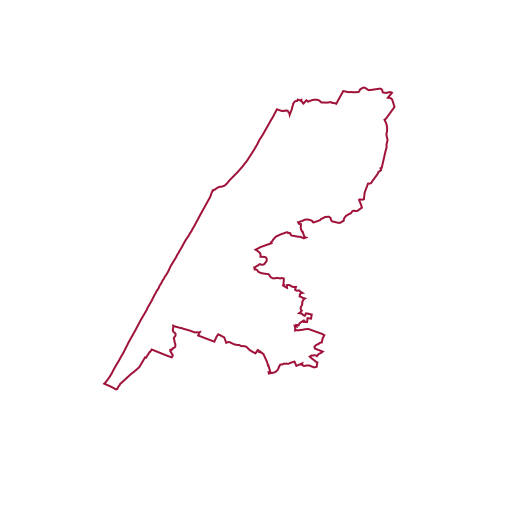 Vega de Alatorre, Veracruz, Mexico (Robinson projection), rotated 246°
{"feature_id": "50627088B59302189712162", "entity_name": "Vega de Alatorre", "entity_type": "district", "adm_level": 2, "iso_a3": "MEX", "parent_name": "Mexico", "parent_adm1": "Veracruz", "projection": "robinson", "projection_center": [-96.652, 19.993], "detail": "fine", "context": "isolated", "style": "outline", "palette": "rose", "viewbox_px": 512, "rotation_deg": 246, "n_neighbors": 0, "source": "geoboundaries", "source_scale": "gbopen_adm2", "svg_char_len": 6136}
<svg xmlns="http://www.w3.org/2000/svg" viewBox="0 0 512 512"><g transform="rotate(246 256 256)"><path d="M381.5,334.8L375.2,326.8L374.7,325.9L363.9,311.3L361.5,307.7L361.0,306.7L357.7,302.8L353.8,297.4L346.5,286.3L344.9,283.0L343.4,280.5L340.1,273.3L336.1,263.0L334.3,259.4L333.3,256.9L333.1,255.5L333.2,253.6L333.5,252.0L334.0,251.1L334.1,250.1L333.9,247.7L333.3,244.9L333.6,243.8L333.6,243.1L333.0,243.0L332.6,241.9L333.1,241.5L332.4,241.8L328.7,238.3L317.1,222.9L308.1,211.3L306.5,209.0L305.0,207.2L303.6,204.9L302.3,203.3L299.1,198.2L296.4,194.5L294.7,192.4L291.3,187.6L290.7,187.0L289.1,184.5L287.3,182.4L281.6,174.1L277.8,169.8L275.6,166.8L274.0,164.1L272.9,162.8L271.6,160.7L269.6,158.3L268.2,156.1L265.8,153.4L264.1,150.6L263.1,149.5L261.5,147.2L257.5,142.4L253.3,136.6L250.8,133.7L245.0,125.5L237.0,115.3L229.1,104.7L220.9,94.7L219.7,92.8L215.1,86.8L214.2,85.3L209.4,78.8L208.3,77.6L205.4,73.6L201.8,67.3L201.1,65.4L195.0,70.9L191.1,73.8L191.2,74.4L190.9,75.0L192.8,77.4L193.3,78.5L194.4,80.0L199.0,93.8L199.8,97.3L201.9,104.1L208.5,113.4L207.8,114.1L211.6,119.8L211.5,120.4L213.0,122.7L201.8,133.5L197.7,137.8L198.4,138.9L199.5,139.7L201.2,139.2L202.5,139.3L203.7,139.0L204.3,139.3L205.0,139.3L205.2,139.6L205.1,139.8L204.6,139.9L204.5,140.8L204.8,141.6L205.2,141.7L205.2,142.2L205.5,142.4L205.5,143.7L205.7,144.8L206.1,145.4L207.6,146.2L209.4,146.6L210.5,146.6L212.5,147.2L214.1,147.4L214.8,147.9L215.7,149.7L217.0,150.7L218.0,150.8L220.6,149.7L221.9,149.8L223.4,150.5L224.6,151.6L226.0,152.0L223.9,154.1L221.0,157.7L220.2,159.0L218.9,160.2L215.6,164.3L210.9,169.2L210.7,170.3L209.4,172.8L209.3,173.7L206.9,170.8L194.7,183.1L198.5,187.4L199.8,189.7L198.9,190.3L198.3,191.1L197.7,191.4L194.5,193.9L188.8,193.5L188.8,194.8L188.5,196.0L188.0,196.9L184.3,200.0L182.6,202.3L181.4,204.6L180.2,205.4L179.5,206.2L178.3,208.8L177.8,209.4L177.1,210.1L176.2,210.6L172.8,211.9L169.8,213.9L167.3,215.9L169.4,219.4L166.2,221.4L166.3,220.7L165.2,221.8L163.4,222.9L154.9,223.0L151.0,222.5L151.0,222.8L144.6,222.0L144.8,220.2L143.3,220.0L143.1,221.7L142.6,223.0L142.2,225.2L142.2,226.8L142.9,229.0L144.0,230.6L145.0,231.6L145.5,231.8L145.6,232.4L146.7,233.5L146.7,233.8L146.7,235.1L146.4,235.9L146.2,236.1L146.2,238.0L145.7,238.7L145.5,239.7L144.4,241.5L144.3,245.0L143.9,248.2L139.2,248.2L139.1,254.5L138.0,253.5L137.7,254.0L136.0,255.0L135.3,258.0L134.2,260.3L131.0,263.3L130.5,264.1L130.1,266.3L133.8,268.8L134.5,268.0L137.4,266.6L139.7,265.3L142.2,264.2L142.2,265.1L142.5,265.5L142.5,266.4L142.1,267.1L141.6,268.9L140.7,270.4L139.7,270.9L140.4,272.2L141.0,273.8L141.0,275.8L141.5,278.1L147.4,272.2L149.3,272.4L150.2,274.7L150.3,276.0L150.1,277.3L150.6,278.4L150.6,280.3L150.3,280.9L153.4,283.2L155.9,286.2L158.0,284.6L168.0,274.2L169.2,270.9L169.7,268.3L170.4,266.4L170.8,264.6L171.6,263.3L172.0,261.4L174.4,262.6L176.4,262.9L175.0,264.4L176.6,264.7L175.9,266.0L175.3,266.6L176.6,268.2L177.1,269.6L177.7,273.4L177.4,273.8L176.3,272.9L174.9,275.8L178.3,277.8L176.4,280.8L179.9,283.1L181.8,280.3L182.0,280.4L183.3,278.2L182.0,277.1L181.5,276.2L182.3,275.5L184.5,274.4L185.3,273.6L186.2,272.2L186.7,274.3L187.4,275.5L187.9,275.2L188.7,275.2L190.0,275.5L190.8,275.9L192.5,278.0L193.6,279.0L194.1,279.0L195.1,279.4L197.0,281.9L197.3,283.4L198.7,281.6L199.7,281.1L201.3,279.4L203.2,280.6L203.7,282.1L203.4,283.4L205.0,282.2L207.0,281.4L207.6,279.3L208.5,278.4L209.4,278.0L211.5,279.9L212.5,277.5L214.1,275.8L214.7,275.6L215.8,274.8L216.2,274.2L216.3,273.6L216.5,273.4L216.8,272.3L214.3,271.4L215.3,270.6L217.9,268.8L218.3,269.6L218.6,269.2L221.8,271.2L224.2,272.2L225.5,270.4L225.6,269.0L226.6,267.7L227.6,266.0L227.9,264.1L228.8,262.3L230.8,260.7L232.0,260.5L233.0,260.5L234.2,260.1L237.4,255.0L239.3,252.7L241.0,251.5L242.3,251.5L242.9,251.2L244.1,250.0L244.3,249.3L245.0,249.6L246.3,249.8L246.0,250.7L246.4,251.5L246.4,252.1L246.6,252.9L246.5,253.8L247.0,255.4L247.0,256.2L245.8,257.5L245.3,258.6L245.2,259.5L245.3,260.5L246.3,262.1L246.7,263.2L247.8,264.1L249.4,264.7L250.5,264.5L251.6,263.6L253.5,259.8L255.1,260.6L257.0,260.9L260.5,259.2L261.9,258.2L262.3,264.2L261.4,275.2L262.1,275.0L262.6,275.6L262.7,276.5L263.8,278.0L265.6,282.0L265.7,287.5L265.2,293.5L264.8,294.5L263.8,294.7L263.4,296.0L262.8,296.6L262.2,296.4L260.9,296.4L260.0,297.1L259.3,298.1L258.8,299.2L258.0,300.1L257.1,301.4L255.4,304.4L252.7,306.9L252.6,309.1L253.7,308.0L259.5,308.5L259.7,308.0L261.9,307.9L263.9,308.5L266.8,310.0L268.0,308.3L269.7,308.2L269.2,312.6L269.3,314.6L269.4,314.9L268.8,317.1L267.5,319.3L266.1,320.9L265.0,321.7L263.8,321.6L263.2,322.3L262.7,329.0L263.4,330.8L263.3,333.2L263.6,334.8L262.3,338.5L260.5,339.6L258.2,339.2L256.6,339.7L256.0,340.4L255.4,341.5L254.4,342.6L253.0,344.5L252.4,345.4L252.1,346.3L252.5,349.4L252.4,350.2L252.6,350.5L253.9,351.3L254.6,352.0L256.0,354.3L256.5,358.2L256.4,359.3L256.6,360.4L257.5,361.7L257.8,363.0L257.4,364.2L256.8,364.8L256.0,366.9L257.1,372.4L260.0,372.8L265.3,373.0L265.6,373.5L264.1,376.3L264.0,377.7L269.7,381.0L276.6,387.8L275.8,389.7L275.8,390.8L277.5,393.4L280.8,399.3L282.1,401.3L282.9,401.8L283.5,405.2L285.5,405.4L285.4,406.7L299.0,416.9L302.1,419.5L304.5,420.4L308.3,423.3L314.0,424.5L316.9,426.6L320.0,428.0L323.3,428.8L325.2,428.9L328.2,428.8L328.6,430.6L335.8,443.1L341.1,443.8L343.7,444.0L345.0,443.4L346.3,442.4L346.5,441.4L347.0,440.8L349.8,446.6L350.4,446.2L351.5,444.6L351.8,441.8L353.2,439.3L353.9,438.4L356.3,438.7L357.1,438.5L357.7,438.3L358.5,437.3L360.7,429.4L361.7,426.3L365.4,423.9L366.1,422.9L366.1,420.5L365.8,418.9L364.4,417.2L364.2,416.2L364.4,415.4L366.0,411.5L367.1,409.7L367.4,408.6L368.2,406.9L371.2,402.8L362.4,391.2L363.5,390.3L364.8,387.9L366.0,387.2L367.4,382.9L369.7,378.1L371.7,377.3L372.8,376.6L373.7,375.6L374.2,374.7L375.3,372.2L375.9,367.6L375.7,367.0L375.8,366.3L377.8,365.4L375.9,361.3L376.5,361.0L377.7,361.0L378.6,360.7L378.9,360.3L380.2,360.9L380.2,360.2L380.5,359.2L381.9,357.8L380.9,356.6L381.3,355.6L381.4,354.3L379.8,351.6L379.2,351.5L377.0,349.4L376.6,349.3L375.5,348.4L371.3,344.2L372.9,344.6L373.9,344.2L375.9,344.0L376.8,342.5L376.7,341.6L377.2,341.1L377.3,339.8L378.0,338.5L381.5,334.8Z" fill="none" stroke="#9f1239" stroke-width="2"/></g></svg>